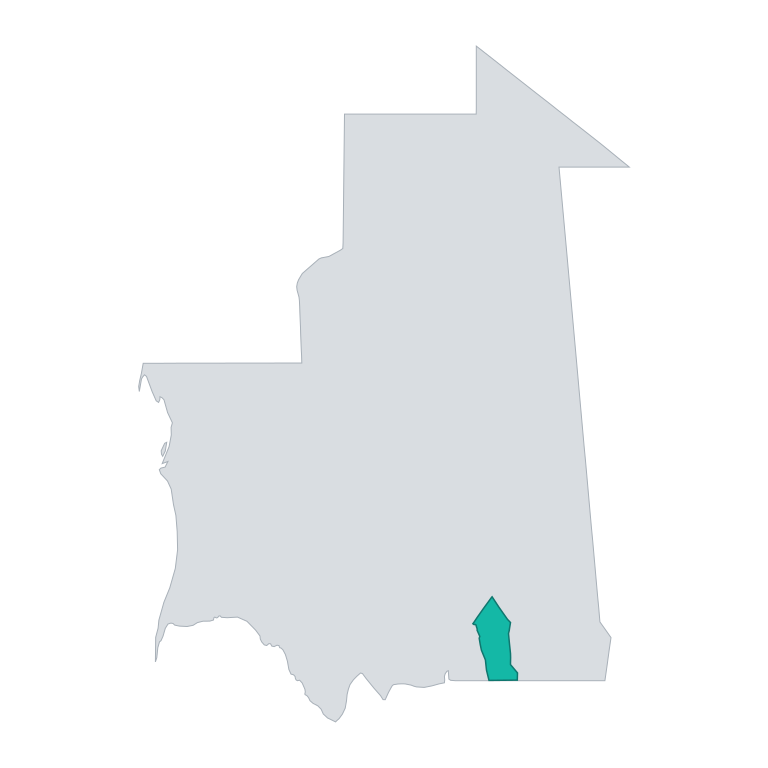 location of Timbedgha, Hodh ech Chargui, Mauritania
{"feature_id": "47542326B26087332325113", "entity_name": "Timbedgha", "entity_type": "district", "adm_level": 2, "iso_a3": "MRT", "parent_name": "Mauritania", "parent_adm1": "Hodh ech Chargui", "projection": "equal_earth", "projection_center": [-8.178, 16.265], "detail": "fine", "context": "in_parent", "style": "filled", "palette": "teal", "viewbox_px": 768, "rotation_deg": 0, "n_neighbors": 0, "source": "geoboundaries", "source_scale": "gbopen_adm2", "svg_char_len": 3869}
<svg xmlns="http://www.w3.org/2000/svg" viewBox="0 0 768 768"><path d="M328.5,718.4L327.6,718.0L323.3,714.0L321.2,709.3L317.8,705.8L313.1,703.4L310.0,700.7L308.6,697.7L306.9,695.6L305.0,694.6L304.9,693.5L305.3,692.0L304.9,689.2L302.2,683.0L299.6,680.2L297.4,680.7L296.1,679.9L295.4,678.5L295.1,676.5L293.6,674.8L291.0,674.1L288.9,669.5L287.4,661.1L285.4,654.5L282.9,649.8L281.1,648.1L279.8,647.7L279.4,647.0L279.0,645.6L277.0,645.2L274.2,646.6L271.8,646.1L270.6,643.8L268.9,643.6L266.7,645.5L264.3,644.9L261.7,641.9L260.3,639.0L260.0,636.0L255.6,630.1L247.0,621.3L237.5,617.1L227.2,617.7L221.4,617.3L220.2,615.9L218.9,616.0L217.6,617.6L216.3,617.9L214.8,617.1L213.9,617.7L213.5,620.0L209.9,621.1L203.0,621.2L197.4,622.6L193.1,625.3L187.1,626.5L179.4,626.1L174.7,625.1L173.1,623.5L170.9,623.1L168.0,624.0L165.3,628.3L163.0,636.2L161.0,640.7L159.5,641.8L157.8,647.7L156.8,657.6L155.4,661.9L155.7,637.3L158.1,628.2L158.9,620.1L163.9,602.3L169.8,587.8L175.3,568.5L177.6,549.8L177.2,531.6L175.9,515.4L173.5,504.6L171.2,489.1L167.5,481.0L160.8,473.8L159.3,469.7L160.9,468.1L165.1,467.1L167.9,461.5L162.2,463.6L169.1,446.6L171.3,435.0L171.1,427.4L172.4,422.8L167.6,412.6L164.0,399.8L162.1,397.8L160.0,396.7L159.8,399.7L158.6,402.4L156.2,400.8L152.1,391.5L146.5,376.4L144.5,374.8L142.7,376.9L141.5,378.9L139.3,391.5L138.7,386.5L139.7,380.6L141.4,373.4L143.2,363.3L148.4,363.3L157.6,363.3L176.0,363.2L185.2,363.2L203.6,363.2L212.9,363.2L231.3,363.1L240.5,363.1L258.9,363.1L268.1,363.1L286.5,363.0L295.8,363.0L301.8,363.0L301.6,355.9L301.3,350.2L301.0,342.6L300.7,335.0L300.5,327.4L300.2,320.3L299.9,313.2L299.7,306.6L299.4,300.5L299.0,297.1L297.1,290.2L296.7,286.7L297.3,283.1L298.6,279.7L302.3,273.5L307.8,268.7L314.1,263.2L318.9,259.0L321.3,257.9L328.8,256.5L334.7,253.3L340.4,250.2L342.8,248.5L343.1,242.7L344.5,114.1L372.5,114.1L379.9,114.1L431.4,114.1L438.8,114.1L476.2,114.1L476.3,108.1L476.3,99.4L476.3,87.6L476.3,75.7L476.3,54.8L476.3,46.1L483.7,51.9L498.5,63.5L505.9,69.4L520.7,81.0L535.6,92.7L550.5,104.3L557.9,110.2L565.4,116.0L572.8,121.9L580.3,127.7L595.3,139.5L601.5,144.4L611.2,152.3L620.2,159.7L629.3,167.1L615.4,167.1L596.8,167.1L584.1,167.1L571.2,167.1L559.0,167.1L560.1,179.2L561.3,192.5L562.5,205.7L563.7,219.0L564.9,232.2L568.5,272.1L569.7,285.4L570.9,298.8L572.1,312.1L573.3,325.5L575.7,352.2L576.9,365.6L578.1,379.0L579.3,392.5L580.5,405.9L581.7,419.3L584.1,446.3L585.4,459.8L586.6,473.2L587.8,486.7L589.0,500.3L590.2,513.8L591.4,527.3L592.7,540.9L595.1,568.0L596.3,581.6L597.5,595.1L598.8,608.7L599.9,621.9L604.8,628.8L611.0,637.6L609.2,649.9L607.2,664.6L604.9,680.7L588.0,680.7L571.3,680.7L529.7,680.7L521.4,680.7L479.8,680.7L471.5,680.7L455.4,680.7L450.6,680.3L448.9,679.1L448.3,670.7L446.9,671.3L445.2,673.7L444.4,676.4L444.7,679.8L444.4,682.8L439.0,683.9L431.8,685.9L424.2,687.4L416.5,686.9L413.9,686.2L411.1,685.1L405.0,683.9L401.7,683.8L397.9,684.0L393.4,684.7L391.9,686.2L388.5,692.4L385.2,699.7L383.0,699.6L380.6,695.7L374.0,688.2L366.1,678.5L362.5,673.6L360.5,673.0L356.7,676.4L353.4,679.8L350.0,684.6L348.4,689.1L347.1,694.5L346.5,700.8L345.2,708.2L342.4,714.1L339.1,718.6L336.6,720.8L335.6,721.9L328.5,718.4ZM165.3,451.0L162.7,456.3L161.5,454.2L161.2,450.8L163.5,445.8L164.7,443.3L166.7,442.3L165.3,451.0Z" fill="#d9dde1" stroke="#a8b0b8" stroke-width="1"/><path d="M510.5,664.6L510.5,662.8L510.6,657.6L510.5,653.6L509.5,644.1L508.5,633.6L509.0,631.3L509.2,630.9L509.4,629.3L509.5,628.6L510.5,622.5L507.6,619.5L507.5,619.4L498.7,606.9L492.1,596.8L491.7,597.2L483.4,608.6L477.2,617.4L474.0,622.2L472.9,623.7L473.5,624.3L474.4,624.6L475.0,624.4L476.1,625.1L476.4,626.7L477.2,628.9L477.1,630.2L477.7,631.6L479.8,636.4L479.3,637.9L479.2,638.3L480.3,644.8L481.4,650.1L485.4,659.9L486.5,670.2L489.0,680.4L517.3,680.1L517.5,673.0L517.3,672.9L517.3,672.7L513.2,667.8L510.5,664.6L510.5,664.6Z" fill="#14b8a6" stroke="#0f766e" stroke-width="1.5"/></svg>